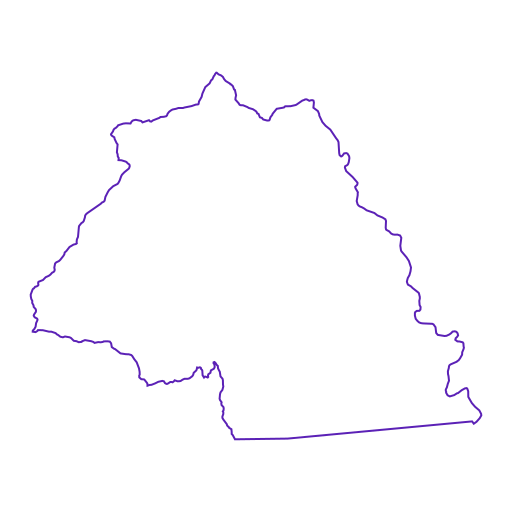 Pangkhar, Shemgang, Bhutan (Mercator projection)
{"feature_id": "84629894B98879002213822", "entity_name": "Pangkhar", "entity_type": "district", "adm_level": 2, "iso_a3": "BTN", "parent_name": "Bhutan", "parent_adm1": "Shemgang", "projection": "mercator", "projection_center": [90.778, 26.9], "detail": "fine", "context": "isolated", "style": "outline", "palette": "violet", "viewbox_px": 512, "rotation_deg": 0, "n_neighbors": 0, "source": "geoboundaries", "source_scale": "gbopen_adm2", "svg_char_len": 5998}
<svg xmlns="http://www.w3.org/2000/svg" viewBox="0 0 512 512"><path d="M313.5,100.6L312.6,100.2L311.1,100.2L309.3,100.8L307.2,99.6L306.1,99.3L304.9,99.5L304.3,99.9L302.3,100.6L296.4,104.7L295.4,105.1L290.5,106.2L285.3,106.3L284.7,106.6L284.3,107.3L283.0,107.7L276.7,108.8L272.6,113.8L272.3,114.8L270.4,117.3L269.7,119.6L269.3,120.3L268.4,120.5L267.0,120.5L264.0,119.7L263.1,119.4L261.9,117.9L259.9,117.3L258.5,113.9L257.2,113.4L256.8,112.3L255.8,111.1L252.9,109.2L248.6,107.9L247.5,107.1L243.1,105.3L240.6,105.2L239.6,104.8L238.6,103.2L235.4,99.6L235.5,97.9L236.1,95.3L234.9,89.9L234.1,89.5L232.9,86.2L231.3,84.6L230.4,84.3L230.3,83.8L225.7,81.0L224.1,79.1L222.9,76.9L222.3,76.4L220.9,75.3L218.6,74.4L216.7,72.7L216.2,72.7L215.0,74.2L214.5,75.4L213.8,76.1L212.3,79.4L211.1,80.3L209.6,83.4L205.3,87.1L202.4,93.6L201.6,96.9L199.0,101.5L198.6,103.9L198.0,104.4L195.8,104.6L191.5,106.1L184.5,107.5L183.0,108.0L178.4,108.0L176.0,108.8L172.6,109.5L171.4,110.1L169.2,111.7L167.6,113.7L167.1,115.2L166.3,116.2L163.8,116.8L160.4,117.0L159.5,117.8L152.9,120.4L151.3,121.6L150.1,121.4L149.0,120.2L142.5,122.4L141.3,121.0L135.8,119.8L133.4,120.3L132.6,120.7L131.6,121.6L130.5,123.5L125.9,123.3L123.3,123.6L118.1,125.3L117.5,126.3L115.7,128.0L114.5,128.6L113.5,129.9L113.0,131.4L111.0,134.2L111.1,134.8L111.8,135.7L114.3,137.3L114.7,139.1L116.6,143.1L117.6,144.4L116.9,152.3L117.6,154.2L117.8,156.5L118.7,158.0L118.5,160.1L121.5,160.3L125.7,161.6L126.7,162.2L127.6,163.3L129.2,164.4L129.6,165.1L129.7,166.3L129.2,167.9L128.7,168.7L124.3,172.3L122.0,174.7L121.2,176.2L119.7,180.4L118.5,182.7L117.6,183.9L113.2,186.2L109.1,190.0L107.8,192.1L105.4,196.9L104.6,200.7L103.6,201.8L102.0,202.5L100.7,203.8L87.2,213.2L85.9,214.4L85.2,215.5L84.9,217.4L83.7,221.1L82.7,222.3L81.5,223.0L79.2,225.8L78.9,226.9L78.0,236.9L76.9,239.4L76.6,242.1L76.8,243.3L75.9,244.0L73.5,244.6L69.5,247.0L66.4,251.0L64.7,252.5L64.3,254.4L63.3,256.0L60.2,259.9L58.9,261.1L56.3,262.3L55.1,263.5L54.3,267.6L54.7,269.7L54.5,270.8L53.7,271.9L52.1,272.7L50.4,274.6L48.8,275.8L45.7,277.2L43.0,280.0L38.5,281.8L38.1,283.0L38.4,284.8L38.2,285.4L36.7,286.4L35.1,286.8L33.9,288.4L33.2,288.7L32.6,289.5L30.7,294.6L30.8,296.5L31.3,299.0L32.3,300.9L32.2,302.9L33.5,305.3L33.7,306.9L35.7,309.2L36.0,310.3L35.9,311.8L34.0,314.6L33.7,315.7L34.7,317.3L37.1,318.6L37.5,319.4L37.4,320.3L36.1,323.1L35.6,326.7L34.4,328.9L32.8,330.6L32.7,331.7L35.6,332.1L37.5,330.9L38.0,330.1L42.8,330.2L49.1,331.7L51.4,331.7L55.6,333.1L56.8,334.3L58.3,335.1L60.3,336.7L62.9,337.3L65.0,336.5L69.6,337.3L71.0,338.0L73.8,340.8L76.5,341.2L78.7,342.2L81.6,341.9L82.0,341.3L85.0,340.1L91.2,341.2L93.5,342.0L94.5,342.9L98.2,342.1L100.7,342.3L102.9,341.9L103.7,341.4L107.5,341.3L109.8,341.6L111.1,343.3L111.8,347.1L114.2,348.8L115.1,349.1L120.5,353.4L125.9,354.2L128.8,354.3L131.2,355.0L132.2,355.9L134.2,359.1L136.7,362.3L139.0,368.4L139.6,371.8L139.7,374.5L139.2,375.7L139.3,377.4L141.3,379.2L144.0,379.4L144.6,379.9L146.9,382.8L147.4,383.7L147.5,385.7L149.4,385.0L151.5,384.8L155.1,383.4L158.3,381.8L162.3,380.9L163.9,381.3L165.0,383.1L166.4,383.9L167.5,383.8L170.3,382.0L171.6,382.0L172.6,382.3L173.9,381.3L174.7,380.3L177.6,381.3L179.4,381.2L180.6,381.0L182.5,379.7L184.5,378.8L187.8,378.8L189.5,378.3L192.3,376.2L193.2,374.8L193.7,372.8L196.1,370.6L196.6,369.8L197.1,367.5L198.2,367.8L199.9,367.3L200.8,367.8L201.2,369.2L201.9,369.8L202.3,370.6L202.6,375.3L204.0,377.5L204.6,376.7L205.5,376.6L207.7,377.5L208.2,377.0L208.0,375.5L208.3,374.3L210.4,372.8L210.9,370.4L213.8,368.8L214.5,367.6L214.7,366.9L214.4,364.5L213.5,363.1L213.6,362.3L214.5,362.0L215.7,363.2L216.7,364.9L217.8,365.9L218.0,368.2L218.6,369.6L219.8,371.8L220.5,376.4L222.5,378.7L222.9,380.2L223.0,384.6L223.3,386.5L222.4,389.9L220.5,392.4L220.0,394.3L219.6,398.7L220.0,400.0L221.6,402.3L221.3,403.5L221.6,405.1L223.4,407.0L223.6,407.7L223.7,408.8L223.5,410.4L222.8,411.4L223.3,412.2L223.3,414.0L222.4,416.5L222.4,417.9L223.3,419.5L226.8,424.2L227.1,425.4L227.9,426.4L228.6,426.8L229.1,427.8L231.4,429.2L231.7,432.1L231.7,434.0L232.7,435.0L235.0,439.3L287.5,438.6L472.1,421.4L473.8,423.7L476.5,421.8L479.7,418.2L481.3,415.4L481.1,413.8L479.3,410.4L475.0,406.7L471.8,403.0L468.8,397.8L468.3,396.9L468.2,391.2L467.2,388.5L466.5,388.1L464.9,388.4L461.7,390.2L458.0,393.1L457.0,393.3L454.2,395.1L449.8,396.4L447.6,395.3L446.1,392.7L446.2,391.8L445.8,390.8L445.8,389.5L446.9,387.3L447.8,383.8L449.0,380.7L448.5,376.1L448.0,374.0L447.9,371.2L448.8,368.0L449.0,366.2L449.6,365.1L450.8,364.3L456.8,361.7L457.3,361.1L458.5,360.4L460.0,358.4L462.1,354.7L462.2,352.3L463.5,349.2L463.9,347.7L463.6,346.3L463.4,343.3L462.7,342.3L459.5,341.5L457.4,341.4L455.3,339.8L455.7,338.2L457.0,337.0L458.1,335.4L457.6,333.3L456.4,331.8L454.8,331.3L452.6,331.6L451.1,333.2L449.3,334.5L446.5,335.8L444.6,336.0L437.8,334.9L436.2,333.0L435.5,327.2L433.5,324.4L432.3,323.8L422.9,323.4L420.9,323.1L419.1,322.4L417.5,321.0L415.7,318.8L414.9,315.6L414.9,312.9L415.3,312.0L416.8,310.9L419.4,310.8L420.4,309.6L420.6,307.0L419.6,305.1L419.3,300.9L419.8,298.6L419.8,296.9L418.9,293.2L418.4,292.6L412.7,288.1L410.9,286.3L407.9,284.6L407.1,282.5L406.9,281.6L407.3,279.8L407.8,278.0L409.4,275.2L410.5,271.3L411.0,267.5L408.9,261.0L406.5,257.3L401.5,251.4L401.0,250.4L400.3,245.8L401.3,237.8L400.1,235.5L397.4,234.6L394.8,234.7L392.8,234.4L391.1,233.5L389.2,231.4L386.3,229.8L386.0,229.3L385.7,227.7L386.0,221.0L385.4,219.3L382.5,217.5L377.4,215.4L374.4,213.0L366.6,210.3L364.0,208.4L361.6,207.1L360.1,206.6L358.6,205.6L357.6,204.3L356.7,201.0L357.7,195.2L357.7,193.1L357.9,192.3L355.7,188.6L355.2,187.3L355.2,186.7L357.1,184.9L357.5,183.7L357.5,182.7L352.6,177.0L346.2,171.1L344.9,167.6L345.1,166.3L347.4,165.0L348.1,164.0L348.8,162.0L349.4,158.1L349.1,156.2L347.5,153.6L346.3,153.1L344.1,153.4L342.4,155.7L341.5,156.4L341.0,156.4L339.6,155.1L339.2,153.2L338.5,142.1L337.7,140.3L336.0,138.1L330.3,129.6L325.6,125.8L322.4,122.1L319.3,115.6L319.1,113.9L317.9,111.1L313.4,107.7L313.9,102.5L313.5,100.6Z" fill="none" stroke="#5b21b6" stroke-width="2"/></svg>